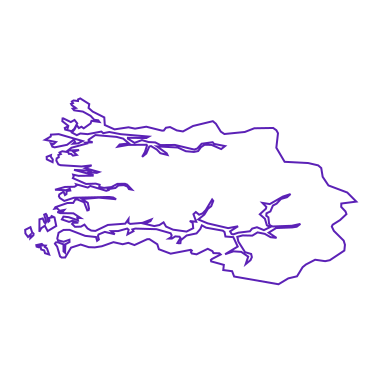 outline of Sogn og Fjordane, rotated 3°
{"feature_id": "NOR-915", "entity_name": "Sogn og Fjordane", "entity_type": "County", "adm_level": 1, "iso_a3": "NOR", "parent_name": "Norway", "parent_adm1": "", "projection": "robinson", "projection_center": [5.843, 61.458], "detail": "fine", "context": "isolated", "style": "outline", "palette": "violet", "viewbox_px": 384, "rotation_deg": 3, "n_neighbors": 0, "source": "natural_earth", "source_scale": "10m", "svg_char_len": 5919}
<svg xmlns="http://www.w3.org/2000/svg" viewBox="0 0 384 384"><g transform="rotate(3 192 192)"><path d="M68.8,264.0L65.3,264.3L63.6,263.2L60.2,253.6L57.8,250.8L58.6,249.5L60.5,249.2L66.4,251.0L66.8,258.0L68.4,259.3L68.3,250.8L72.3,248.4L72.1,246.1L66.4,248.4L60.6,247.2L59.9,245.4L60.9,239.7L65.7,236.6L71.7,236.2L87.6,241.4L98.5,242.0L99.8,245.7L101.5,244.3L100.4,240.9L100.9,239.3L107.0,236.4L117.1,238.2L113.3,235.3L120.2,234.9L129.2,231.9L130.7,233.0L129.8,237.7L135.6,234.2L134.4,232.5L137.3,231.5L158.4,231.0L172.8,234.3L173.9,236.2L173.5,238.3L171.4,239.7L174.3,239.6L177.6,237.2L181.9,237.3L182.9,238.6L180.1,243.7L181.6,243.9L183.1,243.7L183.3,240.8L188.9,235.7L198.7,233.1L202.2,228.6L203.6,224.8L207.9,226.9L224.8,229.0L226.6,230.3L227.7,234.7L235.6,234.9L240.5,244.1L228.3,252.4L236.5,249.1L244.3,249.2L251.5,253.6L249.4,261.2L254.0,257.0L255.2,253.9L254.3,250.8L248.1,249.3L240.9,239.1L239.6,234.4L244.9,232.7L254.5,232.4L259.6,228.9L266.9,230.0L272.8,233.0L278.8,233.4L270.7,228.6L277.9,223.6L294.0,222.1L298.4,221.2L301.9,218.2L293.4,220.5L274.4,222.2L271.7,221.3L270.6,219.5L269.6,213.3L267.4,211.8L267.5,209.4L271.3,207.3L273.5,201.3L277.1,199.2L281.2,194.3L287.2,192.2L290.5,188.9L283.0,191.8L270.3,200.0L262.9,199.2L267.0,203.0L266.7,204.8L260.9,210.7L266.2,214.9L268.5,221.3L271.8,223.0L265.8,226.3L258.7,223.8L254.0,225.4L251.9,228.2L240.4,230.2L235.3,232.2L233.7,231.8L232.1,229.3L239.8,223.8L230.0,226.2L209.3,222.5L199.7,219.1L205.5,213.9L208.8,207.9L211.9,205.2L213.7,199.8L212.5,198.4L206.7,209.3L203.7,212.8L200.3,214.3L196.9,211.8L194.6,214.1L197.8,221.5L191.3,221.1L194.3,222.8L195.1,228.1L188.6,231.8L175.0,230.6L167.9,227.9L165.2,223.8L161.2,226.7L156.1,228.0L146.1,226.2L152.0,223.3L152.9,221.5L144.2,225.4L131.9,227.1L130.0,226.0L130.0,222.3L127.0,227.1L109.7,229.3L97.6,235.9L93.4,235.8L89.6,233.9L86.3,230.2L82.9,232.4L77.0,232.9L73.9,230.2L74.8,228.9L80.1,228.6L74.1,227.0L70.8,228.3L63.5,226.2L64.9,223.3L70.2,223.6L79.6,226.2L78.9,223.8L82.1,223.8L74.7,219.5L61.5,220.0L58.6,219.1L64.3,218.0L65.4,216.6L60.8,217.7L58.1,215.3L55.5,215.9L56.4,214.3L68.2,209.5L74.0,209.1L75.7,205.8L77.8,205.4L84.8,207.9L88.4,215.9L89.7,215.5L90.0,214.0L88.5,208.3L82.7,204.8L99.3,202.5L116.6,203.2L113.6,201.6L109.5,201.3L74.5,203.9L64.9,207.6L60.3,204.9L59.3,203.2L59.6,201.4L63.7,198.4L65.3,201.7L66.7,200.7L66.8,197.6L70.4,196.9L69.8,195.2L66.2,196.8L55.1,196.9L64.9,193.6L74.4,192.9L76.6,191.3L76.0,190.4L87.7,193.0L90.1,191.3L106.3,195.3L108.5,194.5L107.9,193.6L115.3,192.0L118.2,189.3L123.7,188.7L127.3,190.0L128.9,192.4L131.9,192.8L126.8,188.0L124.6,187.3L117.0,187.8L111.3,191.3L103.9,192.5L99.1,191.8L99.4,189.6L95.5,188.7L85.8,189.5L72.3,184.4L73.0,182.5L72.4,180.9L77.9,181.8L92.0,180.9L92.0,180.1L73.0,176.1L90.1,176.1L87.7,177.7L95.9,177.9L98.1,176.9L84.1,173.8L90.4,170.6L80.4,172.3L59.3,172.1L57.1,171.4L54.9,167.8L55.1,165.5L57.1,164.3L56.6,162.0L59.0,161.0L57.7,159.5L60.3,158.1L66.3,158.7L67.0,160.3L69.4,160.3L71.2,161.9L75.0,161.0L71.3,158.0L77.0,156.0L65.8,157.1L69.3,154.1L84.2,149.2L83.0,148.3L90.2,147.6L86.1,146.4L86.0,145.2L92.5,140.2L113.7,140.9L120.5,142.3L126.5,146.8L117.3,148.3L115.4,150.7L125.8,148.3L144.2,147.2L144.6,148.1L142.9,154.5L140.4,159.5L144.3,156.0L147.0,148.8L148.7,148.3L154.7,151.5L158.3,154.9L165.6,156.3L164.7,154.7L154.6,148.3L175.4,148.3L183.7,151.6L191.8,151.9L196.0,150.8L198.6,146.8L202.1,144.2L209.0,143.9L218.9,147.6L222.6,144.4L211.5,142.8L210.0,141.2L199.1,143.3L195.0,148.3L192.0,149.5L172.5,145.9L158.0,146.8L152.7,144.4L146.0,144.4L139.3,142.8L132.0,145.9L125.2,142.1L125.2,141.2L143.5,140.5L146.0,138.9L117.8,138.0L106.3,136.4L100.3,137.9L98.3,136.4L84.8,139.7L77.4,139.4L74.0,141.3L68.9,138.9L71.4,135.7L72.7,132.6L74.0,132.0L75.7,134.1L78.2,132.6L80.5,134.1L87.1,128.9L87.9,126.2L95.9,126.9L94.6,125.3L90.6,125.0L86.8,121.3L78.8,117.4L70.0,116.6L68.5,115.0L71.5,114.2L67.4,111.6L66.6,110.3L68.5,109.5L67.3,107.9L68.9,106.8L73.4,107.1L73.4,105.5L75.5,104.4L84.8,109.6L84.3,113.5L88.6,116.9L100.5,122.1L101.4,129.7L111.4,133.5L125.2,130.7L131.8,131.7L142.9,129.2L158.9,132.3L160.6,132.1L162.6,129.2L166.7,128.3L173.6,131.3L179.8,132.0L189.6,126.0L209.1,120.2L212.3,122.6L217.6,130.2L221.3,132.4L241.6,129.3L250.9,125.1L269.7,123.8L273.0,125.9L274.8,128.8L273.9,143.4L282.9,157.0L306.5,157.0L316.6,158.8L319.8,161.3L321.7,170.0L327.9,178.3L347.1,184.4L356.6,193.0L341.7,195.7L341.8,199.1L346.3,203.4L347.4,206.0L341.3,212.3L334.2,217.3L333.4,219.2L335.7,223.4L346.0,232.6L347.5,236.7L347.2,242.5L333.2,252.9L328.6,254.1L318.5,253.2L309.6,258.4L306.4,261.3L301.3,270.7L292.7,273.2L283.2,279.6L238.5,274.2L236.2,269.0L227.3,268.3L227.6,263.1L214.8,260.3L214.4,258.9L215.4,257.9L223.9,252.9L222.6,251.8L216.6,251.9L215.5,250.0L210.7,247.9L199.8,254.0L195.0,253.4L194.0,252.0L194.9,250.5L193.8,249.8L173.9,254.7L161.9,250.9L160.1,246.0L151.9,241.3L149.7,241.5L137.3,248.0L131.1,246.1L125.5,247.8L116.2,246.2L104.8,250.9L97.8,252.4L91.8,252.5L83.6,250.3L74.1,253.9L68.8,264.0ZM48.1,142.1L55.9,141.2L80.0,146.8L75.8,149.4L70.6,150.0L72.5,148.1L71.3,145.9L64.8,151.4L52.5,154.6L50.2,154.1L48.5,150.9L51.1,151.6L53.5,149.2L42.5,147.6L48.0,144.0L48.1,142.1ZM56.0,224.6L58.2,233.0L49.9,238.6L46.8,233.4L43.3,236.1L41.7,239.7L41.1,227.3L44.3,226.2L46.2,230.1L47.2,231.0L48.0,229.3L45.6,222.3L47.2,221.5L48.1,222.6L50.1,229.2L51.1,228.2L50.6,225.4L53.7,224.6L52.4,223.0L56.0,224.6ZM70.9,126.2L73.8,129.5L71.1,135.2L68.6,137.6L62.1,136.3L61.6,134.7L63.4,133.7L64.5,134.7L65.0,132.4L58.8,128.1L58.9,125.3L59.6,125.2L67.3,128.5L70.9,126.2ZM34.4,240.5L36.0,241.9L35.9,243.5L33.0,246.5L33.2,242.8L30.6,245.5L27.8,242.1L27.4,238.5L32.5,235.6L34.4,240.5ZM50.1,255.9L52.6,261.9L48.4,260.8L47.5,258.1L44.4,257.3L43.6,254.3L42.2,255.3L39.7,254.7L39.3,253.2L44.7,251.7L45.3,252.2L43.6,253.2L48.8,253.2L48.0,254.7L50.1,255.9ZM45.3,167.0L45.0,164.5L49.2,162.6L49.0,163.9L51.3,166.8L51.2,169.5L45.3,167.0Z" fill="none" stroke="#5b21b6" stroke-width="2"/></g></svg>